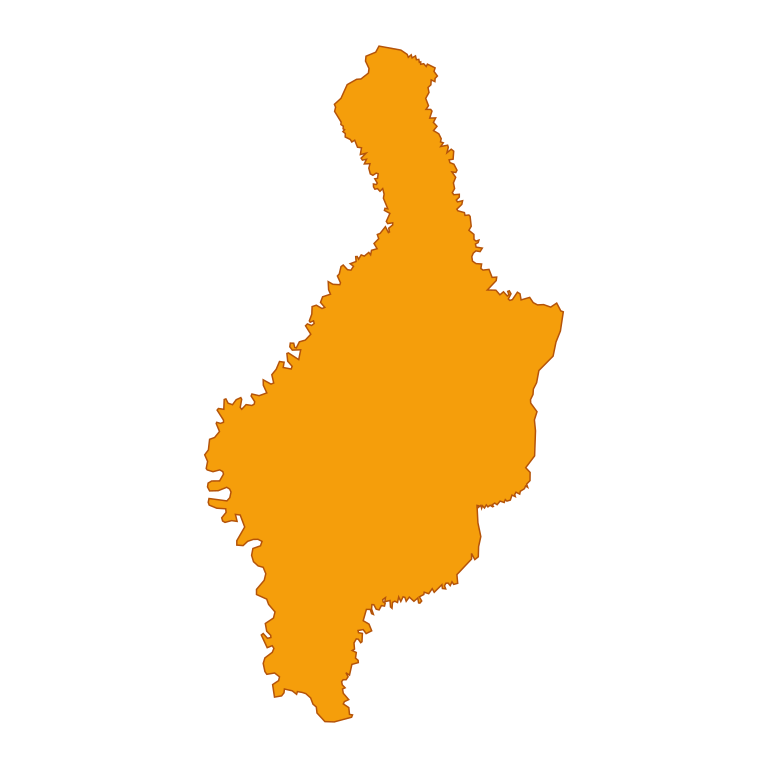 Tenesolo, Thaba-Tseka, Lesotho (Equal Earth projection)
{"feature_id": "5366337B90416114409115", "entity_name": "Tenesolo", "entity_type": "district", "adm_level": 2, "iso_a3": "LSO", "parent_name": "Lesotho", "parent_adm1": "Thaba-Tseka", "projection": "equal_earth", "projection_center": [28.295, -29.389], "detail": "fine", "context": "isolated", "style": "filled", "palette": "amber", "viewbox_px": 768, "rotation_deg": 0, "n_neighbors": 0, "source": "geoboundaries", "source_scale": "gbopen_adm2", "svg_char_len": 6098}
<svg xmlns="http://www.w3.org/2000/svg" viewBox="0 0 768 768"><path d="M530.0,480.6L530.1,472.4L525.7,467.7L534.6,455.9L535.5,430.9L534.4,419.9L537.0,411.7L530.7,403.1L530.5,399.6L533.0,394.5L533.4,389.0L536.6,382.7L538.9,370.5L553.1,356.1L556.0,342.0L560.4,331.0L563.3,311.8L560.8,310.9L556.7,303.1L550.7,307.1L543.6,304.6L537.5,304.9L533.2,302.6L529.7,297.4L521.1,299.9L520.0,293.8L517.4,292.2L512.4,299.6L509.8,300.4L508.3,299.0L511.0,293.8L509.3,290.8L507.7,291.4L508.9,294.6L507.3,296.0L503.5,291.8L499.9,294.8L495.9,290.2L487.3,290.0L496.2,280.6L496.7,277.1L492.1,277.4L489.0,269.4L483.0,270.1L480.9,268.5L481.6,264.0L476.0,263.6L472.5,261.1L471.8,256.7L473.3,253.1L475.9,250.9L480.1,251.6L482.3,248.1L476.1,247.1L475.4,244.0L478.1,242.6L478.9,240.1L476.0,241.1L474.0,239.5L473.9,234.4L468.9,230.3L471.2,226.3L470.1,216.4L468.9,215.0L465.0,215.4L464.4,212.6L457.9,210.8L456.8,209.2L461.8,204.4L462.6,200.7L457.5,201.9L456.3,200.0L459.3,197.1L459.3,194.3L453.8,194.7L452.3,192.7L454.6,188.6L453.4,182.9L455.7,177.3L451.9,171.9L455.8,172.5L457.0,170.2L453.9,164.2L449.9,162.6L449.1,159.8L453.1,159.2L453.7,151.2L451.2,149.2L446.9,152.8L448.3,147.3L447.6,145.2L440.7,146.5L443.3,142.8L440.5,141.9L441.2,138.7L438.8,133.8L433.5,130.6L437.0,126.3L433.4,122.4L435.7,117.9L429.7,118.1L432.0,111.1L430.7,109.4L426.0,109.4L428.5,105.7L425.7,98.4L429.0,92.5L428.0,87.5L430.9,84.8L431.2,79.9L434.9,81.6L435.1,78.4L437.4,76.0L434.0,71.4L435.1,67.9L427.4,64.1L426.2,66.5L423.7,63.7L420.7,64.3L420.7,61.9L419.4,62.4L418.8,59.4L416.4,59.7L415.5,55.9L412.1,57.9L411.2,54.8L408.3,57.3L407.2,54.4L400.9,50.1L379.0,46.1L375.7,52.2L366.0,56.2L365.5,61.1L369.0,68.5L368.4,73.1L360.9,79.0L356.6,79.3L347.2,84.6L341.0,98.3L334.4,104.3L335.6,107.2L334.6,111.4L341.1,122.0L340.9,124.5L343.3,126.2L343.1,128.8L344.6,129.7L342.9,131.6L345.3,133.5L345.2,137.0L350.3,139.5L351.8,142.0L354.7,140.2L357.5,147.2L361.5,147.8L360.3,154.6L366.0,153.2L361.1,158.1L362.4,160.1L366.5,159.3L364.3,163.9L370.0,163.7L368.8,168.2L370.3,173.9L372.9,175.3L376.2,173.1L378.2,173.8L377.5,178.4L374.8,178.8L377.3,183.1L376.3,184.5L373.4,184.0L373.5,186.9L374.9,189.2L377.5,188.6L380.0,191.3L382.7,188.6L384.1,194.1L383.4,198.2L387.8,208.8L385.0,208.3L384.4,210.4L389.9,213.4L386.3,221.4L387.7,223.6L392.7,222.8L392.7,224.9L388.7,228.2L389.5,232.0L388.4,232.6L385.4,226.7L380.1,233.4L377.3,234.5L378.7,238.7L374.0,243.5L377.1,248.7L371.5,250.3L370.6,254.8L368.8,252.4L364.3,256.1L361.2,254.9L358.6,259.2L357.2,256.5L355.7,256.6L356.1,261.5L350.2,263.7L353.5,266.3L350.9,270.2L347.5,269.7L343.2,265.0L341.0,266.6L339.3,273.9L337.4,276.0L340.5,282.8L339.8,284.7L332.9,284.3L328.2,281.6L328.6,289.7L330.5,294.2L322.6,296.8L320.5,302.4L324.8,307.4L322.0,308.5L316.3,305.2L312.1,306.6L311.8,314.1L309.3,320.9L310.2,322.2L313.5,320.9L314.2,323.5L311.6,325.5L307.4,323.9L305.5,325.8L310.8,334.2L305.3,340.1L299.4,341.8L296.3,347.9L294.7,347.4L293.7,343.2L290.3,343.1L289.8,346.8L292.3,350.1L300.7,349.8L298.7,359.6L288.4,352.9L286.9,353.5L287.7,361.2L292.1,366.3L291.2,369.0L283.2,367.5L284.1,362.2L279.5,361.5L276.2,369.3L271.8,374.7L273.7,383.0L271.0,384.1L263.2,379.8L263.3,385.2L266.8,392.9L259.1,395.7L251.9,394.0L251.1,396.0L254.7,401.7L254.2,404.1L251.9,405.5L246.1,404.6L241.7,409.3L240.2,407.4L241.7,399.3L240.8,397.6L236.2,399.7L232.5,404.7L228.1,403.2L225.9,398.9L224.2,399.5L223.8,409.3L218.4,408.5L217.1,410.1L223.5,420.1L223.5,422.3L220.5,423.4L216.7,422.3L216.2,423.5L219.5,431.5L214.6,437.5L209.6,439.3L208.4,449.9L204.7,454.8L207.6,461.4L206.2,468.5L207.2,469.9L213.0,471.7L219.7,469.9L222.8,471.6L223.5,474.1L219.6,480.9L211.7,481.0L208.1,483.1L207.5,486.9L209.6,490.9L218.2,490.7L226.7,487.3L229.6,489.0L231.0,492.0L229.8,497.7L226.9,500.9L209.0,498.5L208.2,502.3L209.2,505.1L216.7,508.2L225.7,508.8L226.1,512.4L221.7,517.8L222.6,521.0L225.0,522.4L231.6,520.6L237.1,521.4L235.4,514.4L240.2,515.0L244.7,527.0L236.8,540.7L236.8,545.1L243.1,545.6L247.7,541.3L253.3,539.4L258.0,539.3L262.0,541.4L260.5,545.8L252.9,548.5L251.6,555.3L253.5,561.7L258.1,565.9L263.2,567.3L265.8,573.7L264.2,580.3L256.5,589.4L256.5,594.5L266.7,599.1L268.6,604.4L275.0,611.9L273.5,618.0L265.3,623.5L266.7,631.2L270.7,635.3L270.9,637.5L267.5,638.3L263.2,633.5L261.3,635.0L267.2,647.7L272.2,645.7L273.9,648.4L272.3,652.3L264.9,657.9L263.2,663.4L264.9,671.5L266.8,674.3L274.6,673.0L279.5,676.8L278.6,680.6L272.6,684.6L274.5,697.1L281.6,695.9L284.0,692.8L284.4,689.0L292.2,690.8L296.6,694.3L297.4,691.6L302.1,692.4L305.8,693.6L310.6,697.9L313.0,704.2L316.3,707.0L317.0,713.0L324.9,721.6L334.3,721.9L351.6,717.2L352.5,714.9L349.5,714.4L348.8,707.6L343.3,703.9L344.4,701.6L348.7,699.6L343.3,693.3L342.5,689.0L345.1,687.8L342.3,684.9L341.6,681.6L343.2,679.7L346.1,679.7L348.1,676.8L345.9,672.7L349.5,675.1L351.9,664.4L358.3,662.6L358.1,660.3L355.5,658.1L356.3,652.5L352.2,650.5L354.5,649.1L354.0,642.9L356.3,638.9L358.3,639.2L360.7,642.7L362.0,641.7L362.4,633.4L358.5,632.7L358.0,630.5L363.2,629.6L366.1,633.6L371.7,630.8L369.0,624.1L363.2,620.7L366.4,609.4L370.2,609.4L371.6,613.6L373.4,614.4L371.6,609.0L371.9,604.6L373.8,604.7L376.2,609.2L379.1,609.9L381.4,605.6L384.5,606.1L385.2,603.2L383.1,601.9L382.7,599.6L385.5,597.6L384.8,601.7L390.0,600.5L390.5,606.9L392.0,608.3L392.5,602.4L394.8,601.2L397.5,602.5L398.7,597.0L400.8,601.5L403.1,596.8L404.9,597.4L406.2,601.3L409.3,597.1L413.9,601.3L417.8,598.0L418.6,602.9L419.9,603.1L421.7,601.0L419.4,596.8L423.8,594.5L424.2,592.2L428.7,593.7L432.2,588.7L434.2,592.3L441.9,584.7L442.4,588.5L445.7,588.9L444.5,585.8L445.9,583.2L448.1,583.1L450.2,585.6L452.0,581.8L453.7,584.4L457.7,583.3L456.9,574.6L471.6,559.0L471.5,553.4L474.8,559.6L478.3,556.8L478.6,546.6L480.8,536.6L477.9,522.7L477.0,505.4L478.6,505.7L478.6,507.2L480.8,505.4L481.6,508.3L482.4,505.8L484.5,508.0L486.3,504.9L487.9,506.9L490.1,505.3L492.6,506.8L493.4,506.4L492.2,504.8L494.7,503.1L497.1,504.7L500.1,501.1L504.2,502.5L505.3,499.6L506.9,501.1L510.3,500.1L512.0,495.1L515.3,496.6L514.7,494.6L516.0,492.2L519.7,494.1L520.3,491.3L524.4,488.7L525.6,486.0L527.7,487.3L526.6,484.1L530.0,480.6Z" fill="#f59e0b" stroke="#b45309" stroke-width="1.5"/></svg>